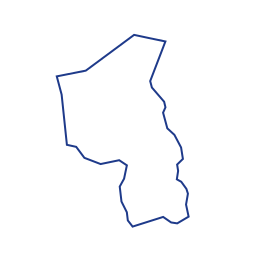 Tonj North, Warrap, South Sudan (orthographic projection), rotated 286°
{"feature_id": "79223893B57741024830751", "entity_name": "Tonj North", "entity_type": "district", "adm_level": 2, "iso_a3": "SSD", "parent_name": "South Sudan", "parent_adm1": "Warrap", "projection": "orthographic", "projection_center": [28.767, 8.246], "detail": "fine", "context": "isolated", "style": "outline", "palette": "blue", "viewbox_px": 256, "rotation_deg": 286, "n_neighbors": 0, "source": "geoboundaries", "source_scale": "gbopen_adm2", "svg_char_len": 607}
<svg xmlns="http://www.w3.org/2000/svg" viewBox="0 0 256 256"><g transform="rotate(286 128 128)"><path d="M220.2,122.8L219.2,108.2L171.5,71.6L158.0,45.3L141.8,55.0L95.0,73.9L95.6,83.4L87.3,94.3L85.8,111.6L94.6,128.4L91.8,137.2L78.2,138.2L69.4,136.2L55.5,142.0L46.7,150.1L39.1,153.3L34.5,159.6L52.2,186.3L49.1,195.5L49.9,201.6L59.5,210.7L70.4,204.9L81.4,203.7L85.6,200.9L91.0,194.0L92.1,189.1L100.6,188.0L106.4,185.3L113.4,189.3L123.9,184.4L134.2,174.5L138.5,165.9L152.4,157.5L158.2,158.3L163.2,155.5L173.5,139.8L179.2,136.4L221.5,140.1L220.2,122.8Z" fill="none" stroke="#1e3a8a" stroke-width="2"/></g></svg>